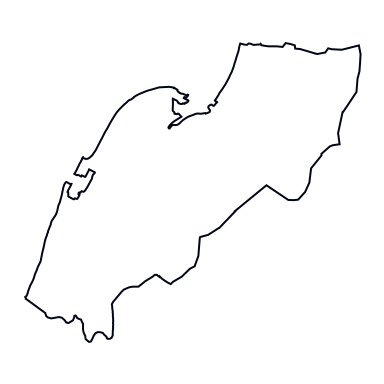 outline of Kota Lhokseumawe, Aceh, Indonesia, rotated 273°
{"feature_id": "22746128B88010078110453", "entity_name": "Kota Lhokseumawe", "entity_type": "district", "adm_level": 2, "iso_a3": "IDN", "parent_name": "Indonesia", "parent_adm1": "Aceh", "projection": "orthographic", "projection_center": [97.116, 5.162], "detail": "fine", "context": "isolated", "style": "outline", "palette": "ink", "viewbox_px": 384, "rotation_deg": 273, "n_neighbors": 0, "source": "geoboundaries", "source_scale": "gbopen_adm2", "svg_char_len": 5704}
<svg xmlns="http://www.w3.org/2000/svg" viewBox="0 0 384 384"><g transform="rotate(273 192 192)"><path d="M342.8,232.4L341.3,232.0L338.3,231.4L336.8,231.3L334.6,230.9L331.9,230.1L331.1,230.0L329.5,229.5L324.8,228.4L322.9,227.8L319.1,227.0L313.8,225.3L310.2,223.7L308.2,223.0L304.1,221.1L301.4,219.8L298.5,218.1L296.0,216.7L292.2,214.2L290.3,213.4L288.9,212.6L285.5,210.7L284.7,210.0L284.3,210.2L284.0,210.8L283.6,211.1L283.6,211.5L283.4,212.1L282.9,212.4L281.8,211.3L279.7,209.8L279.4,209.5L279.2,209.3L279.2,209.0L279.3,208.4L280.2,207.2L280.3,206.9L280.3,206.6L280.1,206.1L279.2,204.7L278.4,204.0L277.5,203.8L277.0,203.9L276.2,204.4L275.5,204.9L274.7,205.6L274.3,205.8L272.9,205.4L272.6,205.0L272.0,203.9L271.0,201.6L271.5,201.2L271.2,199.4L270.7,197.6L270.6,196.0L270.7,193.6L270.1,191.2L269.3,189.7L267.4,185.2L266.9,184.2L265.7,182.4L263.5,179.4L261.5,177.4L260.1,176.2L259.0,174.9L258.3,173.8L258.2,173.2L258.0,172.3L258.0,170.3L258.0,170.1L257.7,169.0L257.3,168.4L256.8,167.9L254.3,166.3L254.3,165.6L254.5,165.4L255.1,165.1L256.1,165.4L257.6,166.4L259.6,168.2L260.6,169.2L262.1,171.0L266.6,177.5L268.1,176.0L269.5,174.5L269.5,173.7L269.1,173.1L268.9,172.7L269.2,170.5L269.8,170.3L270.3,170.4L271.0,169.8L271.8,168.8L272.7,168.4L278.3,168.4L282.3,168.1L284.1,168.0L282.5,172.0L280.8,173.6L280.5,173.4L279.9,174.1L279.4,175.7L279.3,176.4L279.3,177.1L279.5,177.6L280.1,178.2L279.6,179.6L279.8,180.1L280.3,180.1L280.8,180.6L280.8,181.0L280.7,181.7L280.8,181.9L281.2,182.4L281.9,182.6L282.0,182.8L281.9,183.2L282.0,183.3L282.9,183.7L283.2,183.5L283.4,183.3L285.2,178.9L285.4,178.8L285.6,178.9L286.2,179.3L286.4,179.5L286.2,180.2L286.1,180.5L286.3,181.5L286.4,181.8L286.8,182.0L288.0,182.5L287.9,182.9L288.0,183.0L288.8,183.1L289.0,182.6L288.5,181.9L288.4,181.6L288.4,180.9L288.9,179.7L289.6,177.5L289.7,175.9L290.1,175.2L290.3,174.4L290.5,174.2L290.8,174.0L291.0,173.8L291.0,173.3L291.2,173.1L292.5,172.1L292.8,172.0L293.1,172.2L293.4,171.9L294.5,169.9L294.7,168.3L295.0,168.0L295.3,168.2L295.6,166.1L295.8,163.9L295.7,162.6L294.8,153.9L294.1,151.7L293.2,149.2L290.9,142.5L290.5,141.4L288.9,138.1L288.3,136.6L286.3,132.8L284.9,130.6L283.8,129.1L283.5,129.0L283.3,128.9L281.2,126.3L280.9,125.7L280.8,125.0L280.4,124.4L279.5,123.4L277.8,121.8L275.4,119.3L270.6,115.0L269.7,114.3L267.6,112.7L264.0,110.6L259.4,108.1L256.3,106.5L253.2,105.1L249.8,103.4L247.7,102.2L243.6,100.4L241.3,99.4L236.8,97.3L231.0,94.7L228.2,93.4L225.6,91.7L224.5,91.1L223.2,90.3L222.7,89.8L222.2,89.2L221.1,88.2L219.9,86.4L219.7,86.0L219.5,84.3L219.7,83.6L219.8,82.8L220.2,81.9L221.1,81.4L221.0,81.2L220.3,80.9L219.7,80.5L218.8,80.5L217.1,79.5L216.1,79.3L215.3,78.7L214.3,78.2L213.3,77.9L211.1,76.9L208.0,75.7L206.5,74.9L205.1,74.3L204.1,73.5L203.9,73.5L202.8,75.9L202.8,76.5L203.1,77.3L203.0,77.7L202.7,78.5L201.7,80.2L201.7,80.5L202.8,81.1L201.5,84.4L201.5,84.6L201.7,84.8L207.8,87.6L209.2,88.1L206.6,93.9L206.4,94.0L206.0,93.8L205.5,93.6L204.2,92.3L203.7,92.1L202.2,91.6L201.0,91.5L200.0,91.3L199.4,91.1L198.0,90.3L193.0,88.0L189.6,86.2L188.3,85.4L187.1,84.6L186.7,84.0L186.6,83.6L186.6,83.2L187.0,81.9L187.0,81.7L186.9,81.5L185.6,80.7L185.4,80.5L185.4,80.3L185.7,79.4L185.6,79.2L185.1,78.9L184.6,78.8L183.9,78.7L183.8,78.8L183.6,79.0L183.7,79.7L183.6,79.8L183.3,79.9L180.9,78.8L179.1,77.7L179.0,77.2L179.5,75.8L179.5,75.5L179.5,75.3L178.6,74.6L178.5,74.4L178.5,74.2L180.8,69.2L181.1,68.8L181.3,68.7L185.0,68.4L185.3,68.3L185.4,67.9L185.5,67.7L186.1,67.8L187.3,68.3L193.0,71.0L193.8,71.2L193.7,69.7L193.9,69.2L195.1,66.8L195.3,66.3L195.4,66.0L195.3,65.7L194.9,65.3L194.1,64.8L193.0,64.2L191.5,63.7L188.9,63.1L182.1,62.1L176.9,61.0L174.6,60.5L171.5,59.3L168.7,58.8L166.4,58.5L163.2,57.6L162.4,57.3L161.4,56.8L155.8,53.4L153.3,52.7L152.3,52.7L152.0,52.6L148.9,51.5L146.7,50.8L145.5,50.3L144.3,50.3L142.7,49.6L141.2,49.4L139.3,48.7L136.7,48.0L132.9,47.3L130.6,47.0L123.6,45.7L115.3,44.5L114.5,44.3L110.3,42.5L109.5,42.1L106.3,41.2L101.4,39.4L97.9,38.6L94.2,37.3L92.5,36.5L89.6,35.1L88.4,34.9L87.5,34.5L84.9,33.8L84.1,33.4L82.5,33.3L81.9,33.1L81.1,32.7L80.0,32.4L79.7,32.3L79.2,31.9L78.4,30.9L76.6,32.0L76.5,31.9L63.4,51.9L60.6,52.8L59.1,54.8L58.4,58.2L60.2,65.8L59.6,68.7L57.4,71.5L55.1,73.2L54.7,75.5L57.5,79.7L59.9,80.7L62.2,81.1L62.6,82.1L61.8,83.0L59.9,84.1L59.7,85.2L59.3,85.8L58.8,87.9L56.4,88.9L54.7,90.1L52.3,90.2L49.7,90.3L46.7,90.9L44.3,92.0L42.5,93.0L41.3,93.1L39.6,93.5L38.1,95.3L36.9,97.1L37.4,98.9L40.0,100.1L43.4,101.4L45.8,102.9L47.2,105.3L47.1,108.2L46.6,110.3L44.8,111.9L43.0,114.2L41.7,114.5L41.0,115.2L41.1,117.7L42.2,119.3L44.5,120.3L49.3,120.2L52.2,120.4L53.5,120.1L55.5,120.3L57.4,119.9L58.7,120.2L59.6,119.9L61.3,119.9L64.2,119.4L65.7,119.5L67.3,119.1L68.6,119.1L72.0,118.4L73.8,118.3L75.1,117.9L76.1,118.0L78.2,119.0L88.9,127.1L91.0,129.1L93.5,134.1L94.4,137.9L94.7,143.6L100.4,149.9L105.6,157.4L107.2,158.9L107.5,161.1L105.5,163.9L106.0,164.1L103.5,167.0L100.7,171.7L98.9,175.5L101.4,177.8L106.8,186.1L115.3,194.0L117.9,198.5L128.5,201.7L147.2,202.2L147.2,201.8L150.1,210.5L157.4,220.6L157.4,221.0L175.0,236.2L175.2,235.9L202.6,266.0L189.1,288.6L189.2,293.9L189.9,298.4L198.0,305.0L207.5,308.7L221.9,309.7L235.2,319.4L236.8,319.2L244.7,327.2L246.1,330.2L247.4,336.9L258.4,334.8L279.6,338.2L279.5,338.5L286.1,342.5L300.5,351.0L314.1,351.4L321.1,352.9L330.3,353.1L338.5,353.1L347.1,351.0L343.5,339.4L341.9,334.1L341.9,324.0L342.6,320.5L338.3,317.8L336.4,310.1L336.7,307.7L336.8,307.7L340.5,292.2L340.4,292.1L340.6,287.6L343.8,287.0L345.0,282.3L345.0,282.2L345.6,277.7L341.6,274.9L341.9,269.5L341.5,260.6L341.7,257.9L342.2,253.6L343.5,252.8L343.0,252.4L342.1,245.7L343.1,242.7L343.3,240.9L343.1,240.5L342.1,239.7L341.8,239.2L341.9,236.8L342.8,232.4Z" fill="none" stroke="#020617" stroke-width="2"/></g></svg>